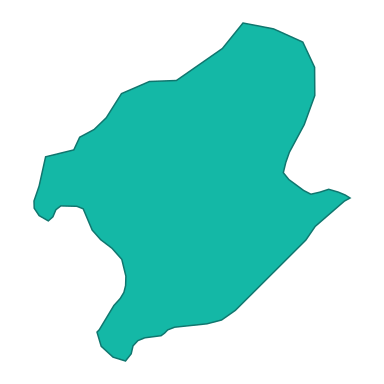 outline of Karuzi
{"feature_id": "BDI-2633", "entity_name": "Karuzi", "entity_type": "Province", "adm_level": 1, "iso_a3": "BDI", "parent_name": "Burundi", "parent_adm1": "", "projection": "mercator", "projection_center": [30.088, -3.137], "detail": "fine", "context": "isolated", "style": "filled", "palette": "teal", "viewbox_px": 384, "rotation_deg": 0, "n_neighbors": 0, "source": "natural_earth", "source_scale": "10m", "svg_char_len": 885}
<svg xmlns="http://www.w3.org/2000/svg" viewBox="0 0 384 384"><path d="M45.6,156.8L73.8,149.9L79.7,137.2L94.1,129.5L106.3,117.7L121.5,93.6L149.4,81.5L176.4,80.5L222.4,48.5L243.0,23.0L273.6,28.9L302.8,42.1L314.6,67.3L314.8,95.5L304.2,124.7L289.4,152.2L285.8,162.4L283.3,172.7L288.9,179.6L303.7,190.5L310.9,194.2L319.7,192.2L328.7,189.3L338.3,192.1L345.2,195.0L350.0,198.0L344.4,201.1L315.2,226.4L305.9,240.0L235.4,310.3L221.6,320.0L207.0,323.8L174.6,327.2L167.7,329.9L164.6,333.1L161.1,335.7L144.8,337.8L137.9,340.6L133.0,345.9L131.2,353.8L125.5,361.0L113.1,357.2L101.2,346.3L97.0,332.1L99.3,329.7L113.9,305.5L120.3,298.4L123.9,292.4L125.6,285.6L125.9,276.2L121.8,259.4L112.0,248.3L100.7,239.7L92.2,230.1L83.2,208.8L76.9,206.3L60.8,205.9L55.9,209.7L52.9,216.8L48.3,220.9L39.1,215.6L34.2,208.2L34.0,201.0L39.1,186.1L45.6,156.8Z" fill="#14b8a6" stroke="#0f766e" stroke-width="1.5"/></svg>